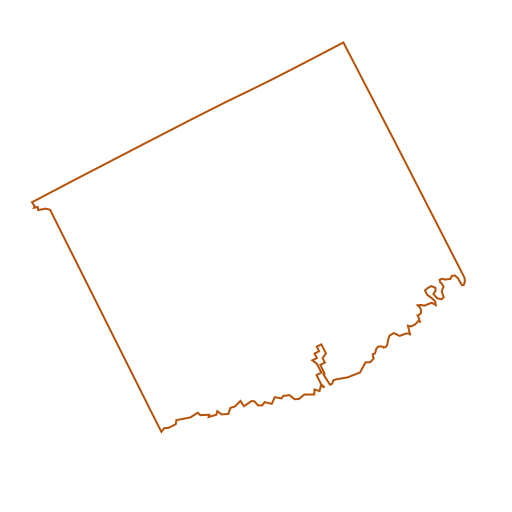 Grand, Utah, United States of America, rotated 243°
{"feature_id": "52423323B60720449434495", "entity_name": "Grand", "entity_type": "district", "adm_level": 2, "iso_a3": "USA", "parent_name": "United States of America", "parent_adm1": "Utah", "projection": "albers", "projection_center": [-109.925, 39.0], "detail": "fine", "context": "isolated", "style": "outline", "palette": "amber", "viewbox_px": 512, "rotation_deg": 243, "n_neighbors": 0, "source": "geoboundaries", "source_scale": "gbopen_adm2", "svg_char_len": 1919}
<svg xmlns="http://www.w3.org/2000/svg" viewBox="0 0 512 512"><g transform="rotate(243 256 256)"><path d="M406.6,430.8L406.2,395.9L406.0,353.7L406.3,327.1L406.9,299.2L406.9,288.9L406.9,288.6L407.0,275.6L407.0,275.4L407.0,255.4L406.8,211.1L406.2,126.7L405.6,80.8L400.7,81.4L399.8,80.1L398.8,83.8L395.8,82.8L393.7,90.1L390.7,93.5L161.4,91.9L142.3,91.9L144.3,96.2L142.6,99.9L142.5,108.1L145.9,110.5L142.0,124.1L142.8,133.0L139.5,134.1L135.7,142.3L134.0,140.7L132.6,148.6L135.3,151.1L130.5,153.4L127.8,159.7L132.3,164.1L131.5,168.8L133.9,176.4L127.6,177.1L128.8,186.0L127.3,188.6L121.9,190.0L120.1,193.9L121.9,197.3L117.1,202.9L121.7,208.7L117.5,214.1L119.0,216.8L116.7,222.8L110.9,225.3L109.1,229.3L110.6,236.2L106.1,245.0L110.5,247.5L106.8,251.3L111.1,255.0L107.7,257.4L112.2,255.8L122.4,255.9L122.4,261.3L132.4,261.3L137.5,258.8L137.4,263.9L142.5,263.9L142.5,269.0L147.6,269.0L147.6,274.1L137.4,274.1L134.9,269.0L129.8,269.0L129.8,263.9L119.9,263.6L119.9,262.3L107.7,263.5L107.6,265.5L108.0,266.3L110.2,268.5L109.7,271.6L106.3,282.4L105.0,295.8L111.5,305.3L109.5,309.6L111.3,314.4L113.2,314.6L115.5,315.5L115.2,317.8L118.8,321.2L119.8,324.1L117.9,327.6L116.5,328.0L116.0,330.4L117.4,332.7L121.4,335.7L124.4,338.8L124.8,343.8L119.6,347.7L118.8,354.4L117.4,357.4L115.3,357.7L119.0,358.3L124.9,359.7L122.9,362.1L122.8,366.8L124.3,370.9L123.1,372.2L125.9,372.8L129.8,373.0L129.5,374.0L130.1,376.9L132.6,378.4L135.5,378.8L138.7,377.7L137.7,380.4L135.3,383.6L134.6,391.3L130.7,393.9L134.2,395.0L138.1,393.7L143.5,391.0L148.7,390.9L149.5,394.8L149.6,398.6L146.2,401.4L143.6,400.4L141.6,396.8L136.1,398.2L133.2,401.7L134.1,404.6L136.5,404.8L140.5,405.6L143.5,409.2L147.6,408.8L148.8,408.2L151.4,408.8L151.3,411.4L149.3,413.6L147.3,418.8L149.4,421.3L148.4,424.3L144.7,425.9L140.0,426.0L136.3,426.4L135.9,428.1L138.4,430.5L141.4,431.7L141.6,431.9L292.6,431.6L406.6,430.8Z" fill="none" stroke="#b45309" stroke-width="2"/></g></svg>